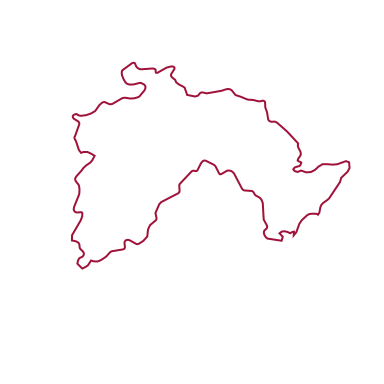 map outline of Olomoucký (Robinson projection), rotated 111°
{"feature_id": "CZE-10372", "entity_name": "Olomoucký", "entity_type": "Region", "adm_level": 1, "iso_a3": "CZE", "parent_name": "Czechia", "parent_adm1": "", "projection": "robinson", "projection_center": [17.195, 49.847], "detail": "fine", "context": "isolated", "style": "outline", "palette": "rose", "viewbox_px": 384, "rotation_deg": 111, "n_neighbors": 0, "source": "natural_earth", "source_scale": "10m", "svg_char_len": 4184}
<svg xmlns="http://www.w3.org/2000/svg" viewBox="0 0 384 384"><g transform="rotate(111 192 192)"><path d="M122.6,56.5L125.3,57.8L129.7,57.4L148.8,61.7L150.8,62.7L155.2,65.6L157.6,66.6L160.1,66.7L165.8,65.7L168.0,66.3L167.6,66.9L168.2,69.4L169.4,72.4L170.5,74.5L172.3,76.1L178.9,79.4L183.3,80.4L192.1,80.2L196.0,81.5L192.5,82.6L193.0,83.5L193.7,84.3L194.5,85.0L195.3,85.6L195.1,88.6L195.5,91.6L196.8,94.0L199.2,95.5L201.3,91.2L205.4,90.9L208.4,104.7L208.2,105.8L207.6,107.0L206.8,108.2L205.8,109.3L204.6,110.2L203.3,110.6L202.0,110.6L199.4,109.3L198.3,109.2L197.2,109.5L196.3,110.2L192.0,115.2L176.9,122.0L174.4,124.3L173.5,125.7L172.9,127.4L172.5,130.9L172.0,132.2L170.1,134.7L169.7,135.5L169.6,136.5L171.7,143.4L171.8,144.5L171.5,145.6L170.9,146.6L159.8,159.2L159.1,160.4L158.6,161.7L158.4,163.1L158.5,164.4L158.9,165.7L159.6,166.9L164.8,171.1L165.3,171.8L165.4,172.5L165.0,173.3L159.7,179.1L159.1,180.2L158.7,181.6L157.9,190.2L158.0,191.3L158.5,192.2L159.3,193.0L161.8,193.9L169.8,194.7L170.7,195.2L171.1,195.8L171.6,198.3L172.0,199.0L172.8,199.7L188.8,206.3L190.1,206.4L195.4,204.0L196.7,203.8L198.0,204.3L212.4,217.1L215.2,218.2L224.7,218.6L229.0,215.8L230.1,215.5L231.1,215.5L238.0,219.3L242.8,219.6L249.6,217.8L255.0,219.9L259.3,223.0L260.2,224.1L260.5,225.1L259.4,232.9L259.6,234.5L260.2,235.8L261.2,236.7L262.5,237.0L263.7,236.8L267.2,235.0L268.2,234.7L269.3,234.9L270.3,235.8L276.1,245.7L277.4,246.8L283.3,249.1L288.3,252.7L290.3,254.8L291.0,256.0L291.9,258.7L292.2,261.7L297.6,262.8L300.0,264.4L302.8,267.0L300.0,273.3L297.3,273.8L295.0,273.7L293.9,273.2L292.1,271.5L291.2,270.9L290.2,270.6L289.2,270.6L288.2,270.9L287.3,271.6L286.5,272.7L285.3,275.6L284.7,276.5L283.9,277.1L281.6,278.2L280.9,278.7L280.3,279.5L279.9,280.6L279.7,281.8L279.8,284.1L280.3,286.7L275.3,288.5L258.8,285.8L255.9,285.7L253.8,285.9L251.5,286.6L250.8,287.1L250.5,287.8L250.8,288.8L252.0,291.2L252.5,292.7L252.5,293.8L252.1,294.8L251.5,295.5L250.7,296.2L249.5,296.5L248.2,296.7L234.8,296.5L233.4,296.8L230.1,297.9L227.7,299.1L226.7,299.7L225.9,300.5L225.0,301.9L224.2,303.4L223.2,304.8L222.1,305.6L221.0,305.9L219.0,305.6L211.0,302.6L209.3,302.3L205.4,300.5L200.7,297.3L197.8,296.4L196.7,296.3L193.1,295.9L192.4,299.7L192.1,303.8L193.6,307.8L195.2,309.5L193.5,312.4L192.9,313.0L186.5,318.2L185.5,319.2L184.6,320.4L183.9,321.0L183.1,321.3L182.5,321.4L181.7,321.2L169.5,321.5L168.2,321.8L167.3,322.7L166.8,323.9L166.0,328.3L165.5,329.4L164.7,330.2L163.8,330.5L163.0,330.3L162.2,329.9L161.6,329.3L160.8,328.1L160.6,327.7L160.8,327.3L161.0,326.2L161.0,324.8L160.7,323.1L158.5,318.8L155.0,314.5L151.1,311.4L144.1,309.6L141.0,308.1L139.9,307.0L139.3,305.7L139.6,301.0L139.4,299.8L138.9,298.8L138.3,297.9L129.6,290.9L128.7,289.6L128.0,288.4L126.8,282.9L125.1,279.3L122.8,276.3L121.5,275.3L114.2,272.8L112.3,272.7L110.7,273.0L109.5,273.9L108.8,275.3L108.5,278.1L108.6,279.2L108.9,280.0L112.3,284.7L113.6,287.5L114.1,289.0L114.2,290.6L114.1,292.0L113.5,293.4L111.3,296.2L108.3,299.0L106.7,300.0L105.0,300.6L103.4,300.7L93.2,294.1L92.3,292.9L92.1,291.8L93.0,290.7L94.2,289.7L95.1,288.6L95.6,287.4L95.9,286.2L96.0,284.9L95.7,283.5L91.1,273.7L90.6,272.1L90.5,270.8L90.9,269.8L93.0,268.9L93.5,268.4L93.5,267.8L93.1,267.0L85.1,260.4L82.5,256.9L81.8,255.2L81.7,253.8L82.2,252.9L83.5,252.5L89.5,253.7L90.6,253.5L91.7,252.5L92.5,250.7L93.3,247.9L95.2,246.2L96.3,242.7L96.8,237.9L97.3,236.2L103.1,231.3L101.7,223.2L99.8,220.9L96.8,219.9L95.9,219.1L95.2,217.7L94.7,213.7L87.0,200.8L84.0,197.1L82.9,195.3L82.5,193.3L82.8,191.4L85.9,186.1L85.6,180.4L85.8,174.0L85.6,172.5L84.2,168.0L83.5,162.6L83.2,161.5L82.6,160.4L81.3,158.6L81.2,157.4L81.8,156.1L85.0,154.6L85.7,154.4L86.9,153.8L90.7,150.5L96.4,147.2L97.3,146.5L97.8,145.7L98.1,144.8L98.0,143.2L97.7,142.4L96.6,139.9L96.8,137.4L101.5,124.8L108.6,110.3L110.7,109.9L112.5,108.6L115.6,105.1L117.8,103.9L119.5,103.9L122.9,104.8L124.6,104.7L125.1,103.9L125.1,101.1L125.6,100.4L128.3,100.5L129.4,101.1L130.3,102.5L132.3,104.9L134.5,105.6L135.7,103.6L135.4,100.5L132.9,97.9L132.7,92.3L130.7,88.1L127.3,85.1L122.8,82.9L119.3,80.1L117.5,75.5L116.1,70.6L114.0,66.3L108.0,59.3L108.0,56.0L113.1,53.5L117.3,54.0L122.6,56.5Z" fill="none" stroke="#9f1239" stroke-width="2"/></g></svg>